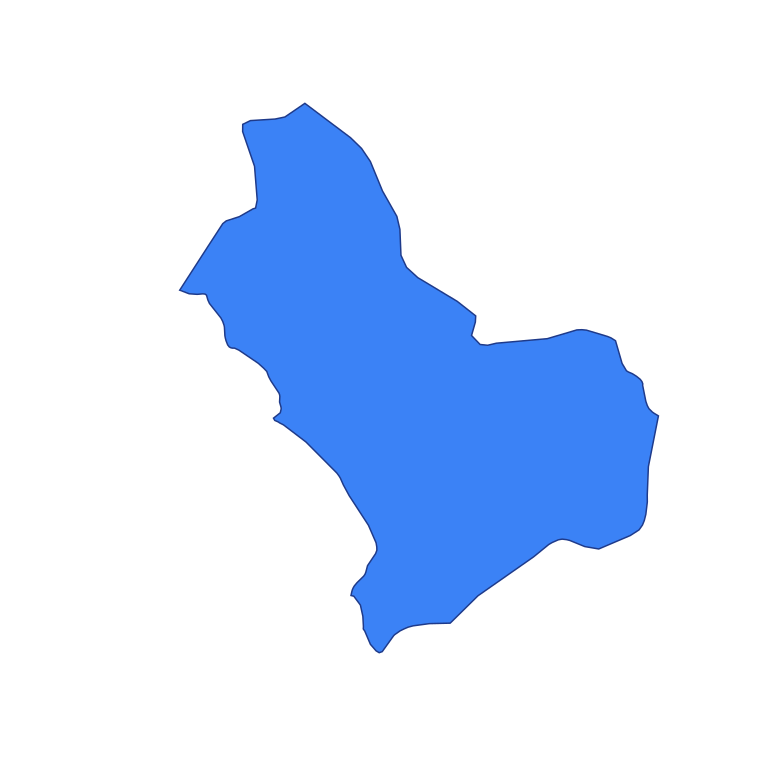 outline of Prey Vêng, rotated 135°
{"feature_id": "KHM-1790", "entity_name": "Prey Vêng", "entity_type": "Province", "adm_level": 1, "iso_a3": "KHM", "parent_name": "Cambodia", "parent_adm1": "", "projection": "orthographic", "projection_center": [105.494, 11.354], "detail": "fine", "context": "isolated", "style": "filled", "palette": "blue", "viewbox_px": 768, "rotation_deg": 135, "n_neighbors": 0, "source": "natural_earth", "source_scale": "10m", "svg_char_len": 1983}
<svg xmlns="http://www.w3.org/2000/svg" viewBox="0 0 768 768"><g transform="rotate(135 384 384)"><path d="M571.8,225.5L570.2,226.9L563.2,234.7L557.0,244.4L555.4,255.3L556.9,257.8L553.3,260.1L551.6,261.0L549.7,261.7L547.8,262.2L543.4,262.6L534.2,262.5L532.0,262.9L529.9,263.8L524.1,267.2L509.9,270.0L506.6,271.5L504.4,273.8L501.9,277.3L494.9,295.1L487.6,329.6L484.1,341.4L481.4,348.4L480.8,351.0L480.3,354.4L480.2,398.3L484.0,426.3L485.3,430.2L485.6,431.9L487.0,435.5L486.3,438.0L477.7,437.0L474.3,439.1L473.1,440.6L470.6,445.1L466.6,448.7L465.5,450.1L464.7,451.8L461.8,466.0L460.4,470.6L458.0,475.8L457.9,480.5L458.3,487.7L462.7,510.7L464.3,515.0L465.6,516.3L466.6,517.7L467.2,519.6L466.9,522.2L465.1,526.3L463.7,528.7L462.4,530.6L456.6,537.1L455.6,538.6L453.8,542.3L452.6,546.2L450.5,564.3L449.1,568.0L446.7,572.3L446.9,574.0L448.3,575.8L452.7,579.5L458.0,585.6L462.1,594.8L411.5,605.7L384.6,611.4L380.2,610.9L368.1,604.7L352.8,600.5L350.4,599.2L343.5,603.8L321.6,629.5L305.5,662.4L300.3,667.5L292.2,664.7L273.7,648.4L265.3,642.9L241.5,638.4L233.5,581.8L233.3,566.4L236.3,551.0L248.6,521.5L256.4,493.4L263.4,482.1L281.0,463.0L285.6,450.5L284.9,435.3L273.8,390.8L271.0,367.3L275.6,363.2L287.8,356.4L288.1,344.0L283.3,338.1L275.7,333.4L236.5,300.6L209.4,285.9L205.7,282.5L202.8,279.0L192.4,259.7L190.9,256.2L189.7,250.9L201.1,230.2L203.2,221.9L202.7,219.7L201.1,215.7L200.0,210.9L199.5,206.1L199.9,203.3L200.8,201.3L201.4,200.7L202.1,200.1L211.1,186.6L213.1,182.5L214.1,179.2L214.1,174.5L213.8,172.7L212.5,167.4L255.5,138.6L276.4,119.3L281.2,114.4L291.0,106.7L296.5,103.4L301.0,101.5L306.8,100.5L317.0,102.7L348.8,115.5L357.0,127.1L363.3,142.1L365.0,144.9L367.7,148.3L369.2,149.4L371.0,150.6L377.2,153.0L380.9,154.0L400.5,156.0L467.3,167.8L506.3,168.1L521.4,182.5L534.4,192.4L538.9,195.0L542.9,196.6L547.3,198.1L553.7,199.2L555.2,199.2L574.5,196.0L577.4,197.4L578.3,200.9L577.7,209.5L572.3,222.9L571.9,225.3L571.8,225.5Z" fill="#3b82f6" stroke="#1e3a8a" stroke-width="1.5"/></g></svg>